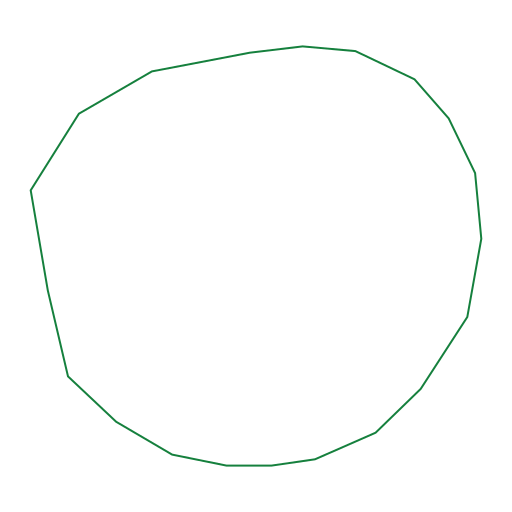 the district of Mangai, Bandundu, Democratic Republic of the Congo
{"feature_id": "63176286B5937777491698", "entity_name": "Mangai", "entity_type": "district", "adm_level": 2, "iso_a3": "COD", "parent_name": "Democratic Republic of the Congo", "parent_adm1": "Bandundu", "projection": "mercator", "projection_center": [19.533, -4.06], "detail": "fine", "context": "isolated", "style": "outline", "palette": "green", "viewbox_px": 512, "rotation_deg": 0, "n_neighbors": 0, "source": "geoboundaries", "source_scale": "gbopen_adm2", "svg_char_len": 370}
<svg xmlns="http://www.w3.org/2000/svg" viewBox="0 0 512 512"><path d="M172.1,454.6L226.5,465.6L271.5,465.6L315.0,459.3L375.6,432.7L420.7,388.9L467.3,317.0L481.3,238.8L475.1,173.1L448.7,118.4L414.5,79.3L355.4,51.1L302.6,46.4L249.8,52.7L151.9,71.4L78.9,113.7L30.7,190.3L47.8,290.4L68.0,376.4L116.2,421.8L172.1,454.6Z" fill="none" stroke="#15803d" stroke-width="2"/></svg>